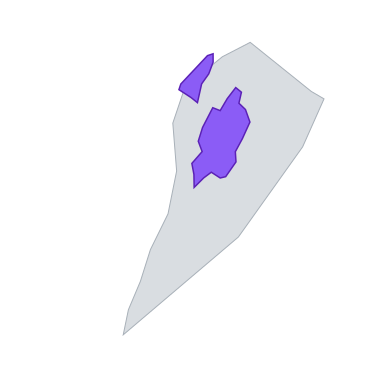 location of Triesenberg within Liechtenstein, rotated 213°
{"feature_id": "LIE-4892", "entity_name": "Triesenberg", "entity_type": "state/province", "adm_level": 1, "iso_a3": "LIE", "parent_name": "Liechtenstein", "parent_adm1": "", "projection": "mercator", "projection_center": [9.569, 47.119], "detail": "fine", "context": "in_parent", "style": "filled", "palette": "violet", "viewbox_px": 384, "rotation_deg": 213, "n_neighbors": 0, "source": "natural_earth", "source_scale": "10m", "svg_char_len": 795}
<svg xmlns="http://www.w3.org/2000/svg" viewBox="0 0 384 384"><g transform="rotate(213 192 192)"><path d="M224.7,349.2L146.7,341.3L132.0,342.0L123.8,290.1L128.6,179.5L171.9,34.8L181.2,58.6L186.6,88.9L195.5,121.1L200.2,160.6L216.3,201.2L245.6,239.3L255.0,276.0L240.2,322.0L224.7,349.2Z" fill="#d9dde1" stroke="#a8b0b8" stroke-width="1"/><path d="M204.9,302.6L201.0,292.0L192.1,290.3L181.5,282.2L178.8,264.2L177.6,249.4L171.5,241.2L172.1,223.2L176.0,219.1L186.6,219.1L189.9,210.1L192.7,197.0L199.9,207.7L207.7,215.9L205.5,231.4L214.4,238.0L218.3,251.9L220.5,274.0L212.7,275.6L213.3,289.5L212.2,303.4L204.9,302.6ZM258.7,270.7L260.2,276.5L253.3,314.8L249.6,319.4L245.0,312.4L242.3,300.2L242.8,287.9L236.1,269.9L244.5,270.7L258.7,270.7Z" fill="#8b5cf6" stroke="#5b21b6" stroke-width="1.5"/></g></svg>